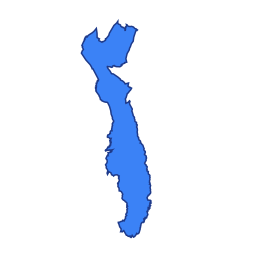 Jalacingo, Veracruz, Mexico, rotated 160°
{"feature_id": "50627088B88216282065505", "entity_name": "Jalacingo", "entity_type": "district", "adm_level": 2, "iso_a3": "MEX", "parent_name": "Mexico", "parent_adm1": "Veracruz", "projection": "natural_earth1", "projection_center": [-97.294, 19.774], "detail": "fine", "context": "isolated", "style": "filled", "palette": "blue", "viewbox_px": 256, "rotation_deg": 160, "n_neighbors": 0, "source": "geoboundaries", "source_scale": "gbopen_adm2", "svg_char_len": 5904}
<svg xmlns="http://www.w3.org/2000/svg" viewBox="0 0 256 256"><g transform="rotate(160 128 128)"><path d="M127.9,62.4L127.7,64.3L126.4,66.3L126.5,67.6L126.9,67.8L126.1,68.6L126.5,69.3L125.8,71.1L125.0,72.1L124.7,73.5L124.1,74.2L124.2,75.1L123.7,75.7L123.8,76.6L124.5,77.6L124.3,79.3L123.8,80.0L124.1,80.6L124.7,80.9L124.6,81.9L124.2,82.4L124.5,83.1L123.8,83.8L123.2,85.3L123.5,85.5L123.9,86.3L123.6,87.0L124.3,88.3L124.4,89.3L122.0,91.4L121.7,92.5L120.8,93.5L121.0,94.1L120.5,95.3L120.9,96.4L121.6,97.3L121.4,97.9L120.2,98.8L119.9,99.8L120.1,99.9L119.9,100.4L120.4,101.2L120.5,102.0L120.5,102.3L119.9,103.0L120.0,104.3L119.9,106.8L120.7,108.1L120.6,108.7L121.0,109.4L121.6,109.8L121.0,110.1L120.8,111.4L121.2,112.4L121.7,112.9L121.6,114.1L121.7,114.4L121.3,115.3L121.4,116.0L121.8,116.6L121.8,117.3L121.3,118.2L120.7,121.3L119.9,122.7L119.4,124.7L119.7,125.5L119.4,125.8L119.4,126.4L118.8,126.8L118.3,127.8L118.9,128.2L118.1,130.4L119.0,131.4L119.2,132.1L118.7,133.4L118.8,134.8L118.3,135.8L118.5,136.6L118.7,136.8L118.9,138.6L118.6,139.0L118.7,140.8L118.4,141.3L118.7,142.6L117.9,143.6L117.5,144.4L118.3,149.7L118.1,151.1L117.1,152.1L117.1,152.7L117.3,153.1L117.5,153.0L118.8,152.2L121.5,151.9L121.5,152.5L120.9,153.9L120.5,156.3L119.4,157.2L116.9,160.6L115.6,161.0L114.3,162.0L112.5,162.9L111.0,164.2L112.1,165.5L112.8,165.5L113.2,166.8L113.7,167.4L112.1,170.1L115.6,170.4L115.8,171.9L117.0,174.1L118.4,175.4L118.6,175.8L118.5,176.6L120.0,179.2L123.3,183.8L124.9,184.7L125.5,188.0L126.5,190.7L126.6,192.9L126.8,193.2L125.4,192.3L123.8,191.7L123.0,190.7L121.8,190.6L121.4,191.4L119.9,191.5L119.6,191.4L119.7,190.9L118.7,190.4L118.3,189.8L114.7,188.3L112.9,188.7L112.8,189.5L112.0,189.3L111.9,189.9L108.8,190.1L108.7,190.6L106.7,190.3L106.3,193.8L103.4,198.2L100.2,200.9L99.1,202.6L98.0,203.5L96.1,205.9L93.4,207.8L91.6,211.3L87.6,216.4L87.1,216.9L86.4,216.5L85.6,216.9L86.6,218.5L87.6,219.2L88.3,221.0L89.9,222.3L91.3,222.6L92.8,223.4L93.5,224.3L93.5,225.1L94.1,225.7L94.2,224.6L94.7,224.4L95.4,223.5L95.7,223.7L97.1,220.7L97.4,220.8L97.1,221.5L97.5,221.7L97.0,221.6L97.6,223.9L98.3,224.0L98.7,224.8L99.4,225.1L100.0,226.2L99.8,227.1L100.2,227.9L101.4,228.9L101.7,229.7L101.7,230.2L101.1,231.7L102.8,230.5L106.1,229.2L113.0,223.5L114.5,221.5L117.8,219.5L118.6,219.6L118.8,219.2L118.4,219.2L118.9,218.9L119.2,218.1L121.9,217.6L122.4,217.9L123.1,217.5L125.5,220.1L125.3,220.8L124.4,221.5L126.1,223.5L124.7,227.6L123.7,232.4L126.5,230.7L128.7,229.8L133.1,228.8L134.2,228.4L134.9,227.6L135.7,228.5L136.4,227.6L136.9,228.0L138.5,226.4L138.1,226.1L139.7,224.6L139.8,224.7L143.1,221.3L142.7,220.3L143.3,219.8L143.0,217.1L144.4,216.3L146.2,214.3L144.3,206.3L141.9,200.4L141.4,197.5L141.4,195.8L140.7,195.6L139.1,183.7L139.7,182.6L140.3,183.0L140.9,182.1L141.1,182.3L142.4,179.9L142.3,180.5L142.6,180.7L143.3,178.3L143.7,178.5L143.9,177.1L144.4,177.3L144.5,176.1L144.9,176.3L145.1,173.8L145.5,173.8L145.5,173.6L144.0,168.3L144.2,167.9L143.9,166.2L144.2,164.1L143.3,163.2L143.3,162.6L141.7,161.0L140.5,160.1L138.8,159.3L138.4,158.6L138.0,154.8L138.3,150.2L139.1,146.7L139.0,143.4L139.5,142.1L139.4,141.0L139.0,139.7L139.4,138.7L140.2,138.5L140.8,137.5L141.4,137.3L141.7,135.6L142.3,135.2L142.3,134.8L142.8,134.2L143.0,133.5L143.8,132.6L143.9,131.1L144.1,130.8L144.8,131.3L145.8,130.9L146.4,129.4L146.7,129.3L146.5,129.0L147.9,128.3L149.5,128.3L150.5,126.6L150.2,126.1L149.3,125.8L148.8,124.8L148.8,124.4L147.4,124.0L148.7,122.5L148.5,122.3L148.7,121.9L149.4,122.4L149.5,121.6L148.6,120.5L149.0,119.8L149.9,120.0L149.9,118.5L150.2,117.9L151.0,118.1L151.1,117.3L151.9,117.4L152.0,116.7L152.9,116.9L153.0,116.5L153.7,116.8L154.2,116.1L155.5,115.2L156.1,115.2L156.9,114.8L156.9,114.1L155.0,114.1L153.8,113.7L153.2,113.9L152.4,113.5L152.2,113.0L151.7,112.9L151.5,113.1L150.1,112.9L151.4,112.4L151.1,111.8L151.4,111.5L152.6,112.4L152.7,111.1L155.2,111.7L155.2,110.4L156.5,109.4L156.3,108.9L157.0,109.1L159.1,107.0L159.1,106.3L158.6,105.4L159.0,103.5L159.8,102.4L161.7,101.1L161.5,99.2L162.0,98.3L162.1,97.6L161.6,96.2L161.6,95.2L161.6,94.7L163.1,92.8L163.1,91.4L160.9,93.4L159.4,91.8L159.4,90.5L159.2,90.1L159.4,89.7L158.1,88.3L157.9,87.8L157.0,88.3L155.3,88.1L154.0,87.6L153.3,86.4L152.7,85.9L152.9,85.6L153.6,85.4L153.7,84.9L153.4,84.4L153.6,84.0L154.1,83.8L153.9,82.4L154.4,81.1L155.1,80.7L156.0,79.4L156.5,79.7L156.8,79.2L156.7,78.1L157.5,76.4L157.0,74.6L157.8,71.9L156.7,71.3L156.0,70.4L155.6,67.9L155.7,67.3L156.4,66.8L156.6,65.7L157.7,64.0L157.4,62.6L156.7,61.5L156.0,60.9L155.8,59.8L154.8,58.5L154.7,57.5L155.5,55.9L155.1,55.7L155.2,54.5L156.0,54.5L156.3,54.0L156.0,52.5L156.2,52.0L156.8,51.9L157.0,51.6L156.9,51.1L157.2,50.7L157.5,49.3L157.8,49.3L158.2,48.5L158.8,48.4L159.6,47.5L159.6,47.0L159.2,46.3L160.6,45.6L160.9,45.2L161.1,44.0L162.2,43.3L163.3,42.0L163.9,42.3L163.9,42.6L164.3,43.1L165.5,42.3L166.4,42.6L168.1,42.4L169.4,42.7L169.6,42.1L169.4,41.0L169.6,38.0L169.0,35.7L169.4,34.4L170.4,33.1L169.1,32.8L169.0,32.4L167.1,33.0L166.2,27.8L165.7,27.6L164.8,26.1L164.0,26.0L163.4,25.2L162.9,25.7L162.6,25.4L162.9,24.6L162.7,24.3L162.3,24.7L162.1,24.4L160.8,25.7L160.2,23.6L158.9,23.7L156.6,25.2L155.9,26.0L155.1,25.1L153.5,25.7L151.2,28.8L150.8,30.0L150.5,30.0L149.9,31.0L149.7,31.7L149.4,31.8L148.7,33.2L147.6,34.2L146.8,34.5L146.2,34.0L145.7,34.4L145.3,34.2L144.9,34.3L144.8,35.1L144.3,35.3L144.3,37.8L143.6,36.3L143.2,36.5L143.2,37.4L142.4,38.1L142.1,37.9L142.1,37.2L141.3,37.2L140.0,39.0L139.0,39.7L138.7,43.1L137.9,42.9L137.4,44.1L136.3,44.2L136.6,45.4L136.2,46.5L135.1,46.1L135.2,45.4L135.0,45.1L134.8,45.2L134.6,46.3L134.2,46.7L134.5,47.3L134.4,47.9L134.0,48.1L133.7,47.4L133.3,47.4L133.2,47.6L133.8,48.4L133.5,48.7L133.3,49.6L133.2,49.8L132.4,49.5L132.5,50.3L131.7,50.5L132.0,51.1L131.4,51.7L131.6,52.3L134.0,53.5L134.0,55.9L132.8,57.1L132.4,57.2L132.0,57.9L130.7,57.9L130.2,58.6L129.5,58.7L128.9,59.3L128.4,60.9L128.4,61.6L127.9,62.4Z" fill="#3b82f6" stroke="#1e3a8a" stroke-width="1.5"/></g></svg>